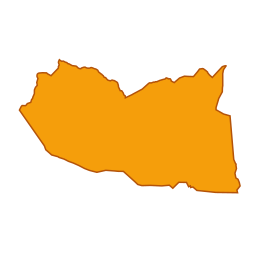 San Bernardo Mixtepec, Oaxaca, Mexico, rotated 355°
{"feature_id": "50627088B25547762924420", "entity_name": "San Bernardo Mixtepec", "entity_type": "district", "adm_level": 2, "iso_a3": "MEX", "parent_name": "Mexico", "parent_adm1": "Oaxaca", "projection": "robinson", "projection_center": [-96.925, 16.845], "detail": "fine", "context": "isolated", "style": "filled", "palette": "amber", "viewbox_px": 256, "rotation_deg": 355, "n_neighbors": 0, "source": "geoboundaries", "source_scale": "gbopen_adm2", "svg_char_len": 2718}
<svg xmlns="http://www.w3.org/2000/svg" viewBox="0 0 256 256"><g transform="rotate(355 128 128)"><path d="M231.5,74.2L231.0,74.6L230.2,74.5L229.4,74.6L228.1,74.9L227.2,75.2L216.4,85.0L213.7,82.2L212.5,80.4L212.2,79.9L212.1,79.2L210.5,77.5L208.3,75.6L207.4,75.3L204.4,75.5L202.3,77.9L197.7,82.5L192.7,81.9L188.7,81.3L183.7,82.7L178.0,86.8L175.2,85.0L175.1,84.1L174.5,82.9L174.1,82.6L173.5,82.6L172.7,82.6L172.1,82.3L172.0,82.0L171.6,81.9L170.4,81.4L170.3,81.5L169.3,82.3L168.4,82.6L167.6,82.6L163.3,83.5L162.7,83.8L161.8,84.0L161.0,84.4L159.6,84.3L159.0,84.4L158.3,84.7L157.7,84.6L157.4,84.5L154.9,85.2L153.9,84.9L153.5,84.9L152.5,85.3L145.6,90.5L136.0,94.6L135.0,95.1L128.0,97.7L128.1,96.3L128.0,95.8L127.8,95.5L126.9,94.8L126.6,94.2L126.4,92.9L125.0,90.4L123.5,90.1L122.1,86.3L122.1,84.6L121.5,82.0L121.0,81.4L119.4,80.2L118.6,79.7L118.3,79.5L117.6,79.4L116.8,79.0L116.1,78.9L114.4,79.5L114.1,79.3L112.9,78.9L112.1,78.5L111.8,78.3L110.7,76.8L110.1,75.8L108.8,75.5L107.8,73.6L107.5,73.4L107.2,73.2L106.8,72.6L106.5,72.2L105.4,71.4L104.5,70.4L103.9,70.0L103.7,69.7L103.4,69.0L102.8,67.7L102.4,67.4L101.2,66.5L100.7,66.3L99.9,66.1L98.1,65.1L96.8,64.6L96.1,64.6L95.4,64.9L94.9,65.0L94.5,65.0L93.1,64.9L91.7,64.4L90.5,63.6L90.1,63.6L89.3,63.6L87.5,64.0L86.7,64.3L86.2,64.8L84.9,64.6L83.9,64.1L82.9,63.2L82.4,62.4L81.6,61.8L77.9,61.0L77.5,60.8L76.7,60.2L74.7,58.9L73.8,58.7L73.4,58.2L72.6,57.4L71.6,57.1L71.1,56.8L70.6,56.5L69.6,55.8L69.0,55.7L67.8,55.8L66.4,54.8L66.0,54.4L65.6,54.0L65.4,54.3L65.2,54.6L65.0,55.1L64.7,55.6L64.5,56.1L64.4,56.7L64.5,57.2L64.6,57.8L64.8,58.3L64.9,58.7L64.9,59.2L64.0,60.7L63.8,62.3L55.9,69.2L54.1,68.0L52.6,67.0L51.7,66.0L47.7,65.5L45.2,65.5L44.3,65.5L43.4,65.7L42.5,66.3L42.2,66.7L42.1,67.2L41.8,68.3L42.0,69.4L42.6,70.8L41.1,74.6L41.3,77.6L39.4,79.4L38.1,81.9L37.7,85.7L36.0,88.8L35.4,90.5L34.5,91.1L33.5,93.7L33.3,94.0L29.8,94.9L28.7,96.2L27.8,96.8L24.5,96.4L23.5,97.3L21.4,100.7L30.2,116.0L43.1,138.4L44.2,142.5L46.6,145.0L49.6,148.2L55.8,150.5L56.7,151.3L58.8,152.2L61.4,153.3L63.1,154.3L65.8,156.0L70.4,158.1L75.8,161.1L81.3,164.6L86.0,166.9L93.1,169.4L102.2,168.2L110.2,169.5L114.6,170.3L119.6,170.8L130.0,181.9L132.8,185.1L136.8,186.6L145.3,187.1L156.6,188.6L164.2,188.6L167.4,191.9L173.9,186.5L181.5,187.3L183.3,191.8L185.1,191.1L185.3,192.7L185.6,192.6L187.6,192.5L191.2,196.2L201.6,198.2L209.8,199.8L231.5,202.0L231.1,199.3L234.6,195.5L234.1,191.9L233.1,188.7L231.1,187.1L230.6,182.3L232.5,177.9L232.3,174.6L232.5,173.4L231.9,172.5L230.6,168.6L230.7,124.8L224.4,122.4L217.3,117.5L217.5,115.3L220.4,108.0L220.9,106.6L225.1,100.2L225.6,96.1L226.1,94.0L226.2,92.6L227.1,82.0L227.4,81.1L227.9,79.2L228.4,78.0L231.5,74.2Z" fill="#f59e0b" stroke="#b45309" stroke-width="1.5"/></g></svg>